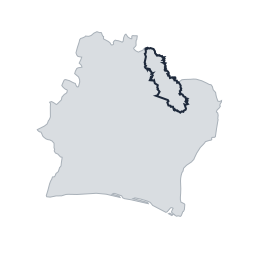 location of Tchologo, Savanes, Ivory Coast, rotated 18°
{"feature_id": "98640826B18937667882346", "entity_name": "Tchologo", "entity_type": "district", "adm_level": 2, "iso_a3": "CIV", "parent_name": "Ivory Coast", "parent_adm1": "Savanes", "projection": "mercator", "projection_center": [-4.919, 9.548], "detail": "medium", "context": "in_parent", "style": "outline", "palette": "slate", "viewbox_px": 256, "rotation_deg": 18, "n_neighbors": 0, "source": "geoboundaries", "source_scale": "gbopen_adm2", "svg_char_len": 5135}
<svg xmlns="http://www.w3.org/2000/svg" viewBox="0 0 256 256"><g transform="rotate(18 128 128)"><path d="M59.4,53.5L60.3,53.5L62.4,52.9L64.4,51.4L66.2,48.4L68.7,46.0L71.5,46.1L72.3,45.7L73.3,45.6L74.5,47.2L75.6,48.4L76.5,48.5L77.1,50.8L82.2,51.7L84.4,52.4L86.2,54.0L86.8,54.1L87.6,53.7L88.2,53.1L88.3,52.5L87.5,51.0L87.9,49.6L88.7,48.4L90.0,48.3L92.0,48.0L94.3,48.0L95.9,48.2L96.6,47.0L96.0,43.5L96.1,41.6L96.4,40.0L97.0,39.4L99.6,41.4L101.9,42.1L103.5,42.2L104.0,41.8L103.3,39.6L103.5,39.0L104.1,38.6L105.2,38.4L108.1,37.5L108.4,37.6L109.0,41.1L108.7,42.2L109.3,44.6L110.1,46.7L110.0,47.6L109.4,49.0L108.7,50.2L108.8,50.7L109.9,51.5L112.2,52.4L114.5,52.6L115.8,51.3L117.1,50.3L118.1,49.4L118.4,48.0L119.9,47.0L124.1,45.8L127.9,45.6L128.9,46.0L130.6,47.9L132.9,49.2L136.2,49.0L138.7,49.8L140.8,51.3L142.2,54.5L143.8,56.9L144.5,60.2L146.9,61.9L148.8,62.7L151.5,65.1L154.2,66.4L156.9,66.1L158.3,67.3L160.3,68.2L162.4,68.3L164.3,65.5L166.7,64.4L172.8,62.2L175.2,61.2L177.7,60.5L183.6,60.3L189.1,61.0L191.8,61.5L193.6,61.2L195.4,62.5L197.2,65.3L198.7,66.2L200.3,67.1L201.4,69.3L202.7,71.5L203.4,72.4L205.1,74.6L206.5,74.6L207.9,73.7L208.5,73.0L208.8,74.4L208.2,76.7L208.3,78.1L209.1,78.7L208.7,80.5L207.1,83.6L207.1,85.4L208.7,86.0L209.8,88.0L210.5,91.3L211.2,92.4L211.2,93.1L212.4,101.2L213.8,109.3L212.9,110.3L211.7,110.6L210.9,111.0L210.6,111.8L211.2,112.9L210.8,113.9L209.3,114.6L205.8,117.1L205.6,118.2L204.7,120.3L204.0,121.7L202.8,124.1L201.1,130.7L200.4,136.1L200.3,137.8L199.6,138.9L198.9,140.6L195.2,145.3L193.3,149.1L193.5,150.7L193.6,152.4L193.1,153.6L193.2,156.8L193.6,159.4L194.3,162.1L197.0,169.5L198.3,174.0L199.2,177.7L200.0,180.1L200.7,181.1L201.0,182.0L205.0,182.7L205.7,183.3L206.8,188.0L206.6,190.1L205.9,190.9L205.9,192.8L205.7,195.0L205.1,195.9L202.9,196.0L201.4,196.9L199.4,196.5L199.2,196.0L198.1,195.8L195.2,194.5L195.7,190.4L194.3,190.2L193.2,190.7L191.1,195.7L190.1,196.5L175.4,194.0L172.2,191.9L168.4,191.5L161.7,191.7L156.2,192.3L154.6,193.6L168.5,192.8L170.0,193.0L170.7,193.7L153.1,195.3L146.4,196.3L144.5,196.0L143.0,194.5L135.7,194.3L134.2,194.8L133.3,196.0L136.1,195.7L140.7,195.6L141.9,196.5L127.7,197.7L117.9,199.9L113.7,201.6L100.0,207.0L91.7,209.5L89.5,210.4L85.7,213.1L80.8,214.7L75.3,217.8L72.0,218.5L71.2,217.6L71.1,212.3L70.7,205.3L70.8,202.6L71.3,200.0L71.3,197.9L73.0,197.2L73.4,196.3L73.6,193.5L75.2,191.0L75.2,186.7L75.7,185.8L76.0,184.7L75.4,181.8L74.5,176.4L74.1,176.1L73.7,176.3L72.8,176.4L69.4,174.5L66.7,174.2L64.9,172.6L64.8,170.8L63.8,169.8L63.2,167.7L62.3,165.3L59.7,163.8L57.2,163.5L55.5,163.8L53.4,163.7L51.1,162.9L49.4,162.0L47.9,160.2L46.5,158.8L45.3,159.0L44.0,158.7L42.6,158.0L42.2,157.6L47.9,152.0L49.8,149.2L50.0,147.6L50.0,145.9L50.6,144.1L50.8,141.5L47.6,131.9L46.8,128.9L46.0,128.1L45.5,127.7L47.0,126.5L49.2,126.8L52.6,127.8L53.4,126.8L55.9,122.0L55.8,120.2L55.6,119.0L57.1,115.6L58.3,114.4L58.9,113.0L58.7,111.1L57.8,110.4L56.6,110.5L55.2,110.0L53.0,108.9L51.9,108.0L52.3,103.6L52.5,102.2L53.2,101.4L54.4,101.2L57.8,101.1L60.5,101.6L62.8,101.9L64.1,101.9L65.1,103.2L66.5,104.5L67.7,104.5L68.1,103.5L67.9,99.2L67.0,96.9L65.2,94.7L60.5,92.8L60.4,90.2L60.9,87.3L61.9,86.2L65.4,84.4L64.8,83.4L63.7,82.4L61.5,81.4L62.0,77.9L62.1,74.9L60.2,75.2L58.3,75.4L56.7,74.4L55.3,72.6L55.0,67.5L55.0,61.6L54.8,58.9L55.3,57.5L57.0,56.3L58.8,54.6L59.4,53.5ZM197.5,196.6L196.7,197.7L193.0,197.0L193.9,196.1L197.5,196.6Z" fill="#d9dde1" stroke="#a8b0b8" stroke-width="1"/><path d="M165.0,71.4L162.0,68.9L160.8,69.8L159.8,67.9L157.5,68.3L157.2,66.8L157.7,65.9L157.3,65.3L156.3,65.5L156.5,66.4L156.0,67.0L154.6,66.1L152.5,67.5L151.1,65.4L150.4,65.2L150.0,65.7L149.0,64.6L149.8,64.5L149.8,63.1L148.6,62.0L146.3,61.3L145.7,62.0L144.9,61.4L144.8,59.8L145.4,59.6L144.2,58.6L144.3,58.0L144.9,58.2L144.5,57.1L143.2,56.2L143.5,55.2L142.0,55.8L142.5,55.2L141.5,55.1L142.5,54.6L141.6,54.3L141.8,53.1L140.7,53.2L141.3,52.8L141.3,51.9L140.2,52.4L140.6,51.5L140.1,51.0L140.8,50.5L140.2,50.2L140.5,49.5L138.9,50.1L138.1,49.1L137.5,49.5L135.4,49.1L135.3,49.6L133.7,49.6L133.3,50.2L130.6,48.4L129.9,46.7L127.9,45.0L124.6,45.0L123.5,45.9L121.8,45.6L120.9,46.3L121.7,46.6L121.5,47.3L120.3,47.8L121.5,50.0L121.6,51.6L121.1,52.2L123.0,54.6L123.6,60.7L124.4,61.2L124.3,62.0L124.9,62.8L125.9,63.3L125.2,64.7L126.4,65.7L127.8,65.5L127.6,65.8L128.0,66.2L127.9,65.7L130.4,65.2L131.0,65.9L130.4,66.4L132.7,67.2L133.3,68.4L133.9,68.3L133.8,68.9L134.5,68.4L134.2,69.1L135.3,70.4L134.9,70.7L135.1,72.1L134.2,72.3L134.6,73.0L135.4,72.9L134.4,73.3L135.0,74.0L134.2,74.3L134.0,75.8L137.7,75.0L138.0,74.5L139.7,77.2L143.1,78.1L143.3,80.4L144.3,81.2L144.1,82.0L146.8,83.7L146.0,87.8L144.7,88.7L157.3,89.1L158.2,90.0L157.5,91.5L159.5,94.1L161.5,93.7L162.1,94.6L164.2,93.9L165.9,96.4L166.5,95.7L167.2,96.6L167.5,96.2L169.7,96.6L169.7,96.2L173.0,97.2L173.8,95.7L175.6,95.5L175.6,94.4L177.1,92.9L177.2,91.7L174.5,88.1L175.7,88.1L177.5,86.7L174.5,85.1L175.2,83.9L176.2,84.3L176.1,83.3L174.5,83.6L174.4,82.7L175.1,81.8L173.7,81.9L173.0,80.9L171.0,80.7L169.7,79.4L168.3,79.2L167.1,80.2L166.3,79.5L167.0,78.5L165.9,76.9L166.8,75.5L166.2,74.9L166.4,73.9L165.3,73.1L165.0,71.4Z" fill="none" stroke="#1e293b" stroke-width="2"/></g></svg>